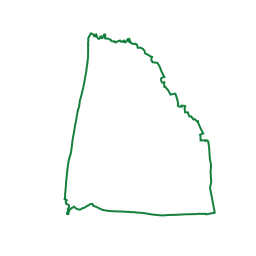 Santiago Tapextla, Oaxaca, Mexico, rotated 79°
{"feature_id": "50627088B73039114437677", "entity_name": "Santiago Tapextla", "entity_type": "district", "adm_level": 2, "iso_a3": "MEX", "parent_name": "Mexico", "parent_adm1": "Oaxaca", "projection": "mercator", "projection_center": [-98.492, 16.33], "detail": "fine", "context": "isolated", "style": "outline", "palette": "green", "viewbox_px": 256, "rotation_deg": 79, "n_neighbors": 0, "source": "geoboundaries", "source_scale": "gbopen_adm2", "svg_char_len": 5187}
<svg xmlns="http://www.w3.org/2000/svg" viewBox="0 0 256 256"><g transform="rotate(79 128 128)"><path d="M28.2,146.6L29.7,147.7L30.0,148.0L30.4,148.6L30.9,148.8L31.4,149.0L32.0,149.7L32.5,149.9L33.2,150.1L33.9,150.1L36.5,150.7L37.7,151.3L37.9,151.3L38.1,151.2L38.4,151.1L38.8,151.0L39.2,151.1L39.6,151.4L40.4,151.7L40.8,151.8L41.2,151.8L41.6,151.8L42.1,151.8L42.6,151.9L43.1,152.2L44.1,152.3L46.5,152.8L51.2,153.8L54.0,154.7L56.9,155.6L60.5,156.9L64.0,158.0L66.7,159.0L69.3,160.1L72.7,161.4L75.4,162.4L78.2,163.6L82.1,165.3L85.3,166.7L88.8,168.4L92.1,170.1L95.5,171.2L98.0,172.1L100.8,173.7L103.8,174.9L107.1,176.2L111.0,177.6L115.3,179.4L118.5,180.6L122.6,182.1L126.3,183.6L129.6,184.8L133.5,186.1L138.2,187.6L142.2,189.1L146.9,191.6L147.5,191.9L151.5,193.5L157.9,195.6L164.9,197.7L168.5,198.9L174.1,200.3L180.1,202.1L184.3,203.1L185.9,203.8L186.6,202.1L187.5,202.0L187.8,202.4L188.0,202.7L188.3,203.1L189.3,203.2L189.8,203.2L190.6,203.1L190.9,202.8L191.3,202.1L192.0,201.2L192.5,200.8L193.0,200.7L193.7,200.8L194.4,201.0L194.6,201.3L195.2,201.6L195.4,202.0L195.9,202.4L196.4,202.6L196.9,202.6L197.7,202.7L198.2,202.9L198.7,203.3L199.3,203.5L199.7,203.9L199.8,204.1L200.1,204.2L200.8,204.2L201.1,203.8L201.2,203.3L201.0,203.0L200.6,202.9L200.2,202.6L199.8,202.4L199.4,202.3L199.0,202.1L198.4,201.8L198.0,201.7L197.7,201.4L197.4,201.0L197.1,200.5L196.6,200.0L196.3,199.5L196.1,199.2L195.9,198.7L195.8,198.2L195.7,197.8L195.5,197.3L195.2,196.6L194.9,195.9L195.3,195.5L195.8,195.3L196.6,194.8L197.1,194.3L197.4,193.7L197.7,193.2L198.1,192.8L198.6,192.1L198.9,191.3L198.9,190.6L198.8,189.8L198.6,189.2L198.1,188.3L198.0,187.8L198.0,186.9L197.9,185.8L197.6,185.1L197.3,184.4L197.1,184.0L196.8,183.6L196.5,182.2L196.3,181.3L195.7,180.0L195.6,179.6L195.5,178.6L195.6,177.9L195.8,177.5L196.1,177.2L196.9,177.1L197.5,177.1L200.0,173.3L200.1,173.2L203.2,169.2L205.0,165.0L206.6,159.6L209.0,149.3L210.7,142.5L211.4,140.4L211.6,138.7L212.1,137.3L212.9,134.9L213.4,132.4L215.3,126.5L215.4,126.4L217.6,120.6L218.8,116.4L219.1,115.7L219.7,113.4L220.3,111.4L220.7,108.4L220.9,107.1L220.9,106.7L221.6,101.5L222.0,100.1L223.0,93.0L224.0,85.7L224.2,85.3L225.6,76.8L225.6,76.0L225.7,75.2L226.1,73.0L226.7,70.9L226.7,70.4L226.8,69.8L226.8,69.2L227.0,68.2L227.7,67.8L227.7,67.5L227.7,64.6L227.6,62.1L227.7,61.2L227.8,60.5L227.9,60.0L227.9,59.6L227.6,59.0L202.1,58.9L201.9,58.8L196.9,56.6L194.3,56.3L186.8,55.3L180.7,53.6L173.5,53.5L166.5,52.6L163.5,52.2L162.6,52.1L156.4,51.8L155.3,52.7L155.6,54.3L154.8,54.3L154.1,59.1L149.7,58.4L148.3,58.6L147.7,55.2L143.2,56.6L137.4,57.9L136.0,58.2L134.7,58.1L134.8,59.1L134.0,59.4L132.0,60.9L131.8,61.9L132.0,62.2L128.7,63.7L128.8,64.2L128.3,65.6L127.7,65.6L127.0,65.9L124.8,66.2L124.2,66.2L123.7,67.8L123.5,69.0L122.8,68.9L119.7,68.8L117.7,67.6L117.0,68.5L116.3,71.1L117.3,71.2L117.0,72.9L116.4,74.3L115.6,74.8L115.3,74.7L113.6,74.1L110.3,74.2L109.7,74.0L109.2,74.4L107.4,74.4L104.4,74.8L103.3,75.1L103.3,80.0L101.8,80.3L98.6,81.4L97.3,82.1L96.5,82.7L95.4,83.1L94.9,83.3L94.6,84.4L94.0,84.3L92.5,84.4L92.4,84.2L90.0,83.7L90.1,84.2L90.1,84.9L90.2,85.3L90.0,85.8L89.3,86.1L88.0,86.4L86.1,86.2L85.5,85.8L85.1,85.0L84.9,82.6L79.0,84.3L78.7,84.4L77.1,84.6L76.6,84.8L75.1,84.9L74.8,84.9L69.7,86.7L68.1,91.4L67.3,91.4L66.4,92.2L65.5,92.1L62.7,90.9L62.0,92.5L61.3,92.9L59.3,95.2L58.4,96.7L58.2,96.8L57.8,97.0L57.7,96.9L55.3,97.1L54.6,97.6L54.3,97.7L53.8,97.9L53.2,98.2L51.8,100.1L51.5,100.4L51.1,103.1L48.0,103.3L47.8,103.8L47.6,104.0L46.9,104.2L46.7,104.4L46.8,104.7L46.9,105.2L46.7,105.8L45.8,108.4L45.3,108.7L45.2,108.7L44.9,108.6L44.8,108.8L44.5,109.0L43.9,109.8L43.9,110.3L43.2,110.5L42.7,109.5L40.8,109.7L40.7,109.9L40.9,110.2L41.5,110.6L41.7,110.9L41.5,111.4L40.9,111.3L40.7,111.4L40.7,111.5L41.2,111.8L42.3,112.2L42.6,112.8L42.8,113.4L42.9,113.7L43.3,113.8L43.5,114.2L43.2,114.5L43.0,115.2L42.5,115.7L42.3,115.6L42.1,115.0L41.9,114.8L41.7,114.9L41.4,115.1L41.5,115.5L41.7,115.9L42.4,116.3L42.5,116.5L42.0,116.9L41.8,117.4L41.7,117.9L41.9,118.1L41.9,118.5L41.7,118.8L40.6,119.2L40.8,120.1L40.9,121.5L41.4,123.0L41.7,123.9L41.4,124.4L41.0,124.7L40.4,124.6L40.3,125.0L40.6,125.3L39.7,127.1L39.7,127.4L38.8,128.0L38.1,128.1L38.0,128.5L37.9,128.8L37.6,129.2L37.4,129.2L37.1,129.5L36.8,129.8L36.6,130.3L36.4,130.7L36.3,131.1L36.2,131.4L36.1,131.8L36.1,132.2L36.0,132.6L35.9,132.9L35.8,133.3L35.6,133.4L35.3,133.4L35.1,133.3L34.8,133.3L34.5,133.3L34.2,133.2L33.9,133.0L33.5,132.9L33.2,132.8L32.9,132.7L32.4,132.6L32.0,132.6L31.7,132.8L31.8,133.3L31.9,133.8L32.1,133.9L32.4,134.2L32.7,134.4L33.1,134.6L33.5,134.9L33.8,135.2L34.2,135.4L34.5,135.6L34.9,136.1L34.8,136.6L34.7,136.6L34.2,136.7L33.9,136.8L33.6,136.8L33.1,136.9L32.8,137.1L32.8,137.4L33.1,137.8L33.6,138.0L34.0,138.2L34.2,138.4L35.0,139.5L34.5,140.2L34.4,140.3L34.2,140.4L33.8,140.6L33.4,140.8L33.1,140.9L32.9,141.0L32.6,141.1L32.4,141.1L32.0,141.1L31.5,141.1L31.2,141.2L30.8,141.1L30.3,141.2L30.0,141.3L30.0,141.7L30.1,141.9L30.4,142.3L30.7,142.7L31.0,142.7L31.4,142.8L31.8,142.9L31.9,143.0L31.3,143.8L31.2,143.8L30.8,143.5L30.6,143.2L30.3,143.2L29.9,143.9L29.3,144.7L28.9,145.1L28.7,145.3L28.5,145.5L28.4,145.7L28.3,145.9L28.1,146.1L28.1,146.5L28.2,146.6Z" fill="none" stroke="#15803d" stroke-width="2"/></g></svg>